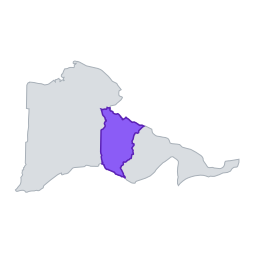 Adamaoua on a map of Cameroon (Robinson projection), rotated 91°
{"feature_id": "CMR-1482", "entity_name": "Adamaoua", "entity_type": "Province", "adm_level": 1, "iso_a3": "CMR", "parent_name": "Cameroon", "parent_adm1": "", "projection": "robinson", "projection_center": [13.021, 7.091], "detail": "fine", "context": "in_parent", "style": "filled", "palette": "violet", "viewbox_px": 256, "rotation_deg": 91, "n_neighbors": 0, "source": "natural_earth", "source_scale": "10m", "svg_char_len": 7596}
<svg xmlns="http://www.w3.org/2000/svg" viewBox="0 0 256 256"><g transform="rotate(91 128 128)"><path d="M62.4,179.3L62.9,177.8L66.6,170.6L69.0,159.2L70.0,156.5L71.1,154.8L76.5,148.7L78.6,146.8L81.5,144.5L83.6,140.1L84.3,139.6L85.2,139.2L89.8,135.5L90.3,136.2L90.6,137.1L90.9,137.5L92.4,137.8L94.5,137.8L95.7,137.5L96.3,136.7L97.0,134.6L97.3,134.3L97.8,134.1L100.1,135.6L103.8,139.8L104.7,140.5L105.2,141.3L106.0,145.1L106.4,146.0L107.2,146.4L108.7,146.1L110.2,145.5L111.5,144.5L112.8,143.3L113.7,142.1L114.1,141.3L114.3,138.2L114.6,137.6L119.4,133.1L119.3,132.7L118.5,131.4L117.8,130.1L118.5,128.6L119.3,127.5L122.1,123.8L122.3,121.1L124.5,116.9L125.8,111.4L125.9,110.3L128.8,104.2L131.9,103.6L133.1,102.8L134.4,101.2L135.3,99.8L135.7,98.5L136.0,95.9L136.6,92.9L136.9,90.3L137.8,87.9L139.4,86.7L142.1,85.7L142.5,85.2L142.9,83.6L143.3,78.4L143.7,76.0L146.2,73.4L147.3,69.2L148.3,64.9L151.1,59.6L154.4,54.4L155.9,53.0L157.2,52.4L158.7,52.3L159.7,51.9L163.3,49.3L164.7,48.4L165.8,47.5L166.1,46.7L166.2,45.6L165.9,42.9L166.5,40.9L166.8,37.9L167.0,35.5L166.9,34.6L166.2,33.2L165.1,31.8L163.3,30.9L160.9,30.6L159.6,30.1L159.1,27.3L159.0,25.6L157.3,16.5L160.4,16.5L164.1,17.6L165.1,18.4L165.5,21.5L166.9,23.3L169.3,24.8L170.7,27.8L171.3,32.3L172.6,35.0L172.9,35.5L174.8,40.6L174.9,43.0L174.7,44.6L175.5,46.6L174.4,49.9L174.0,52.0L173.9,54.9L174.6,60.1L175.7,64.0L176.9,67.2L178.2,69.7L180.3,72.5L182.6,75.0L184.7,76.6L182.8,77.5L179.0,77.6L176.8,77.1L175.7,77.0L174.7,77.4L170.6,77.8L166.5,77.6L162.7,77.0L160.4,77.1L158.7,78.6L157.2,80.9L155.9,82.7L156.3,84.7L157.4,85.9L159.3,88.3L161.1,90.7L162.0,92.3L165.5,95.8L168.9,98.9L170.5,100.0L171.1,100.2L172.9,102.0L175.5,104.9L177.8,109.5L181.1,118.7L181.8,119.5L183.0,120.0L183.1,120.9L183.0,122.4L182.7,123.6L180.0,128.4L177.8,130.2L177.1,131.3L176.2,134.1L174.1,139.6L173.2,140.4L171.1,144.1L169.5,148.8L169.0,149.5L168.4,150.0L165.9,151.2L165.1,151.8L163.9,153.2L163.7,154.2L164.3,155.5L165.0,156.6L166.3,156.6L166.9,157.6L166.9,164.8L166.4,165.9L166.4,166.4L166.1,167.6L166.0,169.0L166.2,169.6L166.7,170.0L167.4,171.0L167.7,173.2L168.5,181.0L168.9,182.3L169.6,183.1L171.7,184.8L174.0,187.0L174.7,188.5L175.1,190.8L175.9,192.7L175.9,193.3L175.6,193.6L174.2,193.7L174.6,195.1L175.8,197.4L181.5,204.7L187.0,211.1L188.2,211.6L189.2,211.7L189.6,212.1L190.1,213.1L191.9,215.4L192.3,216.8L191.9,218.1L192.3,220.1L192.6,220.8L192.5,221.5L192.7,223.9L193.2,226.1L194.0,227.9L193.9,229.2L192.9,229.9L192.2,231.1L192.1,232.7L192.4,234.8L193.2,237.2L193.2,238.6L191.9,239.5L190.4,237.9L188.8,236.8L186.4,234.8L184.0,234.1L180.8,234.0L179.4,234.3L177.1,232.7L176.4,232.5L175.3,233.1L174.6,233.2L173.7,232.9L171.9,232.9L171.7,231.8L171.4,231.6L169.5,231.7L168.9,230.8L168.6,230.9L167.9,230.6L166.3,229.3L164.7,230.1L161.3,230.0L144.1,230.0L143.7,228.8L142.9,228.2L141.3,228.1L136.8,228.3L133.3,228.1L130.9,227.7L128.0,227.4L124.4,227.6L120.8,227.6L114.2,227.3L110.5,227.3L110.6,228.1L110.4,228.6L110.2,229.9L86.9,229.9L85.0,229.0L84.4,228.4L84.3,227.3L83.8,227.2L84.2,222.6L85.0,218.8L85.3,215.2L86.4,212.1L85.8,208.9L85.1,207.6L81.6,203.1L83.2,201.4L81.1,201.6L80.7,200.0L79.6,198.0L80.3,197.7L80.9,196.6L82.8,196.9L82.7,196.4L81.1,194.7L81.2,193.9L81.9,193.0L81.6,192.6L80.4,193.5L79.5,193.5L78.9,192.9L78.4,192.8L78.7,194.0L78.0,195.2L77.4,195.6L76.3,195.5L75.4,195.2L75.2,194.6L74.3,194.1L72.0,193.3L70.0,192.3L69.6,189.5L68.9,188.4L68.5,187.1L68.4,185.5L68.6,183.2L68.1,182.9L67.6,182.7L66.7,182.8L65.9,182.7L65.0,181.4L64.2,180.9L64.7,183.3L64.1,184.0L62.7,183.8L62.1,182.9L62.0,182.2L62.6,179.3L62.4,179.3Z" fill="#d9dde1" stroke="#a8b0b8" stroke-width="1"/><path d="M120.2,126.5L121.3,125.3L121.7,124.5L122.0,124.3L122.2,124.1L122.3,123.7L122.0,122.6L122.0,122.2L122.0,121.7L122.2,121.3L122.8,120.0L124.5,117.4L125.1,116.6L125.2,116.3L125.2,116.0L125.1,115.5L125.0,114.8L125.0,114.0L125.1,113.5L125.8,112.4L125.9,112.1L126.1,112.4L126.8,113.5L130.1,116.8L130.5,117.1L130.9,117.2L131.3,117.3L131.9,117.3L132.2,117.3L132.5,117.4L132.6,117.6L133.0,118.3L133.0,118.5L132.9,118.9L132.8,119.1L132.7,119.3L132.8,119.7L132.8,120.3L132.9,120.6L133.1,120.8L133.3,121.0L133.7,121.1L133.9,121.2L134.1,121.2L134.6,121.5L134.8,121.8L136.2,122.2L139.0,122.7L139.2,122.8L140.7,123.6L141.0,123.7L141.6,123.7L142.0,123.5L142.5,123.4L143.4,123.5L143.5,123.3L143.6,122.5L143.6,122.2L143.8,121.9L144.0,121.7L145.3,121.8L145.8,122.2L146.0,122.5L146.3,122.8L146.6,122.9L147.0,123.1L147.9,123.8L148.1,123.8L148.3,123.8L148.5,123.5L148.7,123.4L149.3,123.1L149.5,123.0L149.9,122.7L150.1,122.6L150.4,122.5L150.7,122.6L151.1,122.7L151.3,122.7L151.5,122.7L153.5,122.2L153.9,122.2L154.1,122.2L154.3,122.5L154.3,123.3L154.4,123.5L154.6,123.7L155.1,123.8L158.1,124.2L158.4,124.4L158.5,125.1L158.6,125.3L158.7,125.5L158.8,125.6L159.5,126.2L159.7,126.4L159.8,126.6L159.8,126.9L160.1,127.6L161.1,128.7L161.4,128.9L161.6,129.1L161.8,129.3L162.1,129.9L162.2,131.0L162.1,131.3L162.1,131.5L162.1,131.8L162.2,132.0L162.4,132.1L162.6,132.2L163.1,132.2L164.3,132.0L164.5,132.1L164.8,132.2L165.0,132.4L165.2,132.6L165.4,132.9L165.5,133.2L165.9,133.9L167.0,134.1L167.3,134.6L167.6,134.8L167.8,134.9L168.0,134.9L168.4,134.8L168.6,134.7L168.8,134.6L170.1,133.7L173.7,131.9L174.0,131.8L174.5,131.8L174.9,131.7L175.2,131.6L175.4,131.5L176.5,130.4L176.9,130.2L177.1,130.1L177.4,130.0L177.6,130.1L177.8,130.2L177.4,130.5L177.0,131.5L176.8,131.9L176.7,132.1L176.7,132.3L176.8,133.4L176.7,133.6L176.6,133.8L176.2,134.1L175.9,134.5L175.7,134.9L175.5,136.1L174.9,137.8L174.5,138.6L174.3,139.5L174.1,139.7L173.9,139.9L172.9,140.5L172.6,140.7L172.4,141.0L172.2,141.5L170.2,146.6L169.8,147.2L169.7,147.5L169.8,147.9L169.8,148.1L169.8,148.4L169.6,148.7L169.0,149.6L168.7,149.9L166.2,151.2L165.5,151.2L165.4,151.5L165.1,151.9L164.6,152.5L164.4,152.5L164.0,153.0L163.7,153.2L163.7,153.3L163.8,153.4L163.7,153.4L163.4,153.2L163.1,152.7L162.9,152.7L162.7,152.7L162.6,152.9L162.5,153.0L162.4,153.3L162.1,153.4L161.2,153.4L159.6,153.9L158.7,154.0L157.3,154.3L157.0,154.2L156.1,153.9L155.8,153.8L155.6,153.9L153.8,154.7L152.2,154.9L145.4,154.9L137.0,154.9L132.6,154.9L130.8,154.9L130.4,154.7L130.2,154.4L129.9,154.0L129.9,153.9L129.8,153.7L129.7,153.3L129.6,153.1L129.4,152.9L127.2,151.1L126.9,151.0L126.6,150.9L125.9,150.9L125.6,151.0L125.3,151.1L124.9,151.4L124.7,151.5L124.3,151.6L123.9,151.7L123.5,151.6L123.2,151.5L122.9,151.4L122.5,151.2L122.1,150.9L121.6,150.2L121.4,149.9L120.9,149.9L120.7,150.0L120.8,150.3L120.7,150.4L120.6,150.5L120.5,150.4L120.3,150.3L120.2,150.3L120.0,150.7L119.7,150.8L119.4,150.9L119.3,151.0L119.2,151.1L118.9,151.1L118.5,151.1L118.2,151.2L117.8,151.4L117.5,151.7L116.8,152.2L116.0,153.1L115.6,153.3L115.2,153.6L111.3,154.6L110.7,154.9L110.3,155.0L110.0,154.9L109.9,154.9L109.6,155.1L109.7,154.7L110.0,153.9L110.0,153.6L109.9,153.1L109.6,152.3L109.5,151.8L109.5,151.5L109.5,151.1L109.5,150.8L109.7,150.4L109.7,150.2L109.4,149.8L109.2,149.6L107.8,149.2L108.0,148.8L108.2,148.0L108.2,147.4L108.1,146.4L108.6,146.3L108.9,146.5L109.0,146.5L109.3,146.3L109.5,146.3L109.9,146.4L110.1,146.4L110.5,146.3L111.0,146.0L111.3,145.7L111.4,145.2L111.5,144.4L111.8,143.8L112.2,143.3L112.9,143.3L113.4,143.0L113.8,142.3L114.3,141.0L114.4,140.5L114.4,140.0L114.4,139.6L114.0,139.1L113.9,138.8L114.0,138.3L114.3,137.8L115.3,136.7L116.3,136.0L116.4,135.9L116.5,135.6L116.8,135.5L117.0,135.5L117.4,135.4L117.5,135.3L117.5,135.1L117.5,134.9L117.8,134.7L118.5,134.0L118.7,133.8L119.0,133.8L119.3,133.9L119.5,133.9L119.8,133.4L119.6,132.9L118.9,132.1L118.0,130.7L117.8,130.4L117.4,130.3L117.3,130.2L117.7,129.8L118.1,129.4L119.2,127.6L120.2,126.5Z" fill="#8b5cf6" stroke="#5b21b6" stroke-width="1.5"/></g></svg>